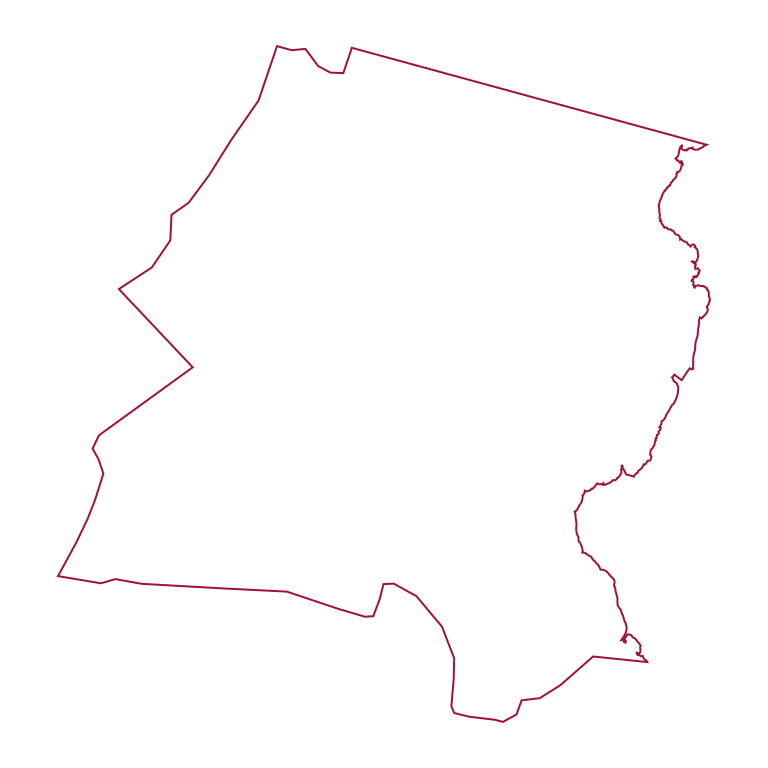 Ngkeklau, Ngiwal, Palau (Robinson projection)
{"feature_id": "81905179B53990233662504", "entity_name": "Ngkeklau", "entity_type": "district", "adm_level": 2, "iso_a3": "PLW", "parent_name": "Palau", "parent_adm1": "Ngiwal", "projection": "robinson", "projection_center": [134.636, 7.588], "detail": "fine", "context": "isolated", "style": "outline", "palette": "rose", "viewbox_px": 768, "rotation_deg": 0, "n_neighbors": 0, "source": "geoboundaries", "source_scale": "gbopen_adm2", "svg_char_len": 6112}
<svg xmlns="http://www.w3.org/2000/svg" viewBox="0 0 768 768"><path d="M118.9,289.1L192.7,367.3L99.0,435.3L92.6,448.6L98.5,459.2L103.4,473.6L95.1,499.8L87.7,518.7L76.5,542.1L58.0,576.1L100.9,583.3L115.3,579.1L141.4,583.8L224.5,588.5L286.8,591.6L338.4,608.9L364.9,616.7L373.3,616.2L379.8,598.8L383.5,584.1L393.7,583.6L416.5,596.2L442.0,626.7L454.2,658.3L453.7,678.8L451.4,706.2L454.2,713.0L469.1,716.7L495.1,719.8L503.0,721.9L516.5,714.5L521.6,700.3L539.7,698.2L560.6,685.0L593.1,656.5L647.3,662.1L646.6,660.6L645.1,659.9L644.2,658.9L643.2,657.5L642.7,655.9L640.9,656.3L639.1,655.0L637.9,655.1L636.8,654.0L636.8,652.7L638.2,653.5L639.3,653.3L640.2,652.3L640.5,650.4L640.1,647.5L640.7,645.6L639.6,644.2L638.4,642.5L634.9,638.3L632.6,637.3L631.5,635.3L630.1,634.9L628.6,634.2L627.4,634.5L626.2,636.6L624.8,637.8L624.9,640.5L626.0,641.2L625.5,642.6L623.9,642.1L623.9,640.9L623.1,639.7L621.4,640.0L623.1,637.6L624.3,635.7L625.7,632.7L626.3,630.8L626.7,628.6L626.4,626.0L625.9,624.2L625.5,622.7L624.8,622.0L623.7,618.1L622.8,615.1L622.0,614.0L621.6,612.4L620.7,609.7L619.3,608.0L617.5,605.2L617.7,604.0L617.4,602.7L617.5,598.1L616.7,595.7L616.3,593.7L615.5,591.2L615.3,588.5L614.8,587.1L614.0,585.9L614.6,582.6L614.2,579.8L612.1,577.5L610.5,576.0L609.2,574.5L607.8,572.7L606.0,570.9L602.5,569.7L600.6,569.7L598.5,565.4L597.1,563.9L596.0,563.0L595.0,561.4L593.7,560.4L592.1,558.5L591.0,556.5L589.8,556.1L587.4,554.7L585.5,553.1L583.4,552.6L582.3,552.6L582.7,550.9L582.3,548.7L581.7,546.5L580.9,544.5L580.0,542.5L578.6,541.3L578.4,537.0L576.8,533.8L576.2,529.9L576.5,524.0L575.6,517.3L575.4,513.7L574.6,511.7L576.8,510.3L579.6,505.1L581.5,502.2L582.5,498.6L582.7,496.5L582.5,495.4L583.4,494.9L584.0,493.6L584.7,492.7L584.8,490.7L586.0,491.5L590.2,490.3L591.7,488.6L592.5,488.8L594.9,486.5L596.1,484.5L597.0,483.4L598.4,483.7L598.9,484.3L601.5,484.0L601.7,484.6L603.1,484.7L603.5,483.4L604.3,484.9L606.2,484.3L608.8,483.2L610.6,482.3L611.8,481.4L612.5,480.2L614.4,480.2L615.3,480.2L616.9,478.9L617.2,477.9L618.3,477.5L618.6,476.9L619.6,476.3L620.4,474.3L621.3,473.1L621.5,471.2L621.0,469.6L621.6,469.5L622.0,468.2L621.8,467.1L621.6,465.7L622.3,465.6L622.7,466.4L622.5,467.8L623.7,469.4L624.9,471.7L626.0,474.3L628.8,475.3L630.1,475.3L631.2,475.9L633.2,476.1L633.8,476.7L634.6,475.2L636.7,473.0L637.8,472.5L638.1,471.1L642.1,467.8L643.7,464.4L644.7,464.8L646.3,463.2L647.0,461.4L647.9,460.7L650.0,460.7L650.7,459.2L651.5,456.5L650.2,454.7L650.6,450.2L652.2,448.5L654.4,445.2L655.0,441.3L656.0,440.2L655.5,438.5L656.8,437.8L656.6,436.7L656.9,435.0L658.1,434.5L658.9,433.3L658.4,432.0L658.8,431.3L660.1,430.1L660.8,427.9L659.4,427.2L660.8,425.2L661.5,423.5L661.5,421.1L662.8,420.7L664.3,419.1L665.5,417.0L666.3,414.6L668.2,411.9L669.7,409.3L671.8,405.4L673.9,403.5L676.5,398.0L677.7,393.8L678.3,387.9L677.9,385.8L677.2,385.0L676.7,383.2L675.8,382.5L674.2,381.5L673.7,380.7L673.2,379.5L672.7,378.0L672.0,377.3L673.8,375.5L674.4,374.6L681.6,380.2L687.5,371.3L689.7,368.3L691.7,369.5L693.4,368.5L692.9,367.0L693.2,365.9L693.2,358.9L693.6,355.1L694.6,351.5L695.2,348.2L695.3,344.1L696.1,340.5L697.2,337.3L697.7,334.5L697.9,331.3L698.4,327.5L698.9,324.7L698.9,320.8L699.9,317.4L701.4,318.4L702.6,317.6L703.5,316.2L705.0,315.0L707.1,312.1L707.8,310.0L707.6,308.3L706.8,307.4L707.2,306.3L708.7,304.1L708.6,303.4L709.6,301.2L710.0,300.0L709.7,298.5L709.4,297.2L708.8,296.4L708.9,293.9L708.7,292.2L708.3,291.0L707.7,290.0L707.1,289.7L707.1,288.8L706.6,287.8L705.9,287.8L704.6,286.5L704.1,286.6L703.3,286.0L700.4,286.0L698.5,285.2L697.4,285.7L696.5,285.8L695.3,285.8L694.9,286.9L694.8,287.6L694.3,287.6L693.8,286.0L693.1,284.7L693.5,283.7L693.5,282.4L693.3,281.4L692.5,281.1L691.7,281.0L691.8,280.3L692.1,279.7L692.7,279.6L693.1,279.0L693.4,278.4L693.6,277.7L693.5,276.6L693.9,276.3L694.7,276.8L695.5,276.4L695.5,277.2L696.3,277.1L696.9,276.7L697.7,275.6L698.3,274.0L698.8,273.4L698.4,273.0L698.5,272.2L699.2,272.1L699.7,270.2L697.6,268.2L696.6,268.7L695.4,269.0L694.9,267.6L695.0,266.0L695.6,265.4L695.8,264.1L695.1,263.5L694.1,263.5L692.0,261.4L692.5,261.2L694.5,262.2L695.4,262.1L696.2,261.5L696.8,260.6L697.3,259.6L698.0,257.2L698.3,255.9L698.1,254.8L697.7,253.4L697.8,251.4L697.0,249.2L696.3,248.6L695.7,247.7L694.8,247.3L695.2,246.6L694.7,245.1L694.0,244.6L692.5,244.5L690.4,246.5L689.9,245.6L688.5,244.9L687.8,244.1L686.9,242.4L684.9,241.5L683.8,241.3L682.3,240.1L680.6,238.8L680.1,239.3L679.8,237.0L678.7,235.3L677.3,234.8L676.2,234.6L675.1,233.8L673.1,230.7L672.0,230.6L671.1,229.5L668.1,229.3L667.6,228.4L665.9,227.3L664.5,227.8L664.1,226.7L663.6,226.6L662.7,224.6L662.0,224.0L661.4,223.4L661.4,221.9L661.2,221.3L660.3,221.1L660.7,220.5L660.7,219.9L660.2,219.7L660.4,218.9L659.8,218.5L659.5,217.4L660.0,215.7L659.7,213.6L659.1,212.1L659.3,210.6L659.3,208.6L658.8,206.8L658.8,204.7L659.2,204.6L659.6,201.6L661.1,198.5L661.9,196.0L662.2,195.9L662.4,194.4L664.1,191.6L664.5,190.7L664.9,190.8L665.0,190.1L665.8,189.7L666.9,188.4L666.9,187.7L667.4,187.8L669.3,185.3L670.0,185.5L671.1,182.4L672.7,181.3L672.9,180.3L673.7,179.5L675.3,178.2L675.8,177.6L676.0,176.7L676.5,176.1L676.7,174.3L676.4,173.9L677.1,173.3L677.2,172.1L678.5,171.9L678.9,171.5L679.6,171.1L680.3,170.0L681.3,167.1L681.5,165.9L682.0,164.8L682.5,164.9L682.8,164.0L682.3,163.6L681.9,163.7L681.5,163.5L682.0,162.7L681.8,161.6L681.2,161.1L680.6,161.8L680.4,163.5L679.8,161.9L678.9,161.7L678.1,160.4L677.0,160.4L676.5,159.5L675.7,159.0L675.6,158.3L676.6,157.6L677.4,156.9L678.0,156.0L678.4,154.9L679.2,151.5L679.3,149.8L679.8,149.3L679.9,148.3L680.7,148.2L680.2,147.4L682.5,144.7L682.0,145.7L682.1,146.6L681.6,146.8L681.3,147.6L681.5,148.5L682.3,149.4L683.2,150.0L684.4,150.3L685.6,150.2L686.1,150.5L687.1,150.2L687.2,149.3L688.0,149.4L689.0,148.3L689.7,148.1L690.9,148.2L692.5,147.6L692.5,148.8L693.1,148.9L694.0,149.5L695.0,149.7L697.2,149.7L698.3,149.5L699.4,148.7L700.0,148.6L701.0,148.0L702.4,147.4L703.9,146.0L706.6,144.8L351.8,47.8L349.8,54.1L343.3,73.1L330.4,72.6L318.2,66.1L305.4,48.9L291.7,50.2L277.0,46.1L258.6,100.4L231.1,140.1L208.9,175.5L188.7,202.7L171.5,214.8L170.3,240.3L151.9,267.4L118.9,289.1Z" fill="none" stroke="#9f1239" stroke-width="2"/></svg>